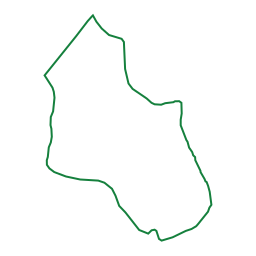 San José Ojetenam, San Marcos, Guatemala
{"feature_id": "79465075B2462316079287", "entity_name": "San José Ojetenam", "entity_type": "district", "adm_level": 2, "iso_a3": "GTM", "parent_name": "Guatemala", "parent_adm1": "San Marcos", "projection": "natural_earth1", "projection_center": [-91.954, 15.237], "detail": "fine", "context": "isolated", "style": "outline", "palette": "green", "viewbox_px": 256, "rotation_deg": 0, "n_neighbors": 0, "source": "geoboundaries", "source_scale": "gbopen_adm2", "svg_char_len": 1030}
<svg xmlns="http://www.w3.org/2000/svg" viewBox="0 0 256 256"><path d="M92.9,15.4L91.8,16.5L87.7,21.1L76.2,36.1L44.6,75.4L46.5,78.3L52.5,87.7L53.8,91.8L54.5,97.7L53.1,111.4L50.8,117.0L50.5,125.1L51.4,128.8L51.8,136.8L50.8,142.5L48.8,147.3L47.8,157.0L46.8,160.2L46.9,164.8L49.4,168.4L54.3,172.1L66.0,176.5L80.2,179.5L98.3,180.6L104.4,182.7L112.0,188.8L115.5,195.7L119.2,205.9L125.4,212.4L139.2,230.0L148.2,233.6L151.6,230.3L154.6,229.7L156.4,230.9L159.0,238.9L161.6,240.6L172.6,237.3L185.8,230.9L191.5,229.0L196.2,226.2L197.8,224.4L208.0,211.7L209.4,207.7L211.4,204.8L209.7,191.8L208.1,185.9L206.6,182.0L205.5,181.4L204.5,178.9L200.6,172.2L200.4,170.7L195.3,160.2L195.1,157.1L193.2,155.3L192.2,152.1L189.1,147.6L187.5,141.7L186.4,140.1L180.7,125.3L180.7,119.7L181.7,113.5L181.4,102.8L179.2,101.2L174.9,101.3L173.4,102.2L165.2,103.2L161.2,104.7L154.6,104.3L151.5,102.8L146.7,98.5L132.6,88.9L128.5,83.5L125.1,69.0L123.9,42.0L121.6,38.8L109.0,35.0L101.7,28.5L96.4,21.7L92.9,15.4Z" fill="none" stroke="#15803d" stroke-width="2"/></svg>